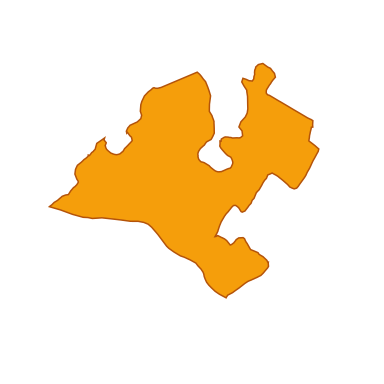 the district of Al-Rahmaniyya, Al Buhayrah, Egypt, rotated 159°
{"feature_id": "37247803B62002284809719", "entity_name": "Al-Rahmaniyya", "entity_type": "district", "adm_level": 2, "iso_a3": "EGY", "parent_name": "Egypt", "parent_adm1": "Al Buhayrah", "projection": "albers", "projection_center": [30.587, 31.107], "detail": "fine", "context": "isolated", "style": "filled", "palette": "amber", "viewbox_px": 384, "rotation_deg": 159, "n_neighbors": 0, "source": "geoboundaries", "source_scale": "gbopen_adm2", "svg_char_len": 6032}
<svg xmlns="http://www.w3.org/2000/svg" viewBox="0 0 384 384"><g transform="rotate(159 192 192)"><path d="M58.2,186.7L59.9,189.9L60.5,191.1L62.0,193.6L64.0,196.8L64.6,197.9L63.0,200.6L62.0,202.6L60.6,204.7L60.2,205.4L58.3,208.1L57.3,209.7L56.0,209.3L55.3,211.5L53.6,215.3L55.0,217.2L55.8,217.9L56.7,218.9L57.2,219.4L57.9,220.2L58.9,221.5L60.4,223.4L63.1,226.8L66.3,230.8L67.9,232.8L71.5,237.4L76.9,244.2L78.8,246.5L82.0,250.6L85.1,254.5L85.5,254.8L86.5,255.6L87.2,257.4L87.1,258.1L86.7,259.1L86.1,260.4L85.8,260.7L84.6,261.7L83.1,262.8L81.3,264.2L80.3,264.7L79.6,265.2L78.5,266.1L76.7,267.3L73.0,269.3L72.5,273.2L73.6,276.3L74.4,279.3L76.5,281.5L79.8,286.6L84.4,287.2L87.8,285.8L88.3,284.7L88.8,284.3L89.2,283.9L89.6,283.4L89.9,283.0L90.9,280.9L91.3,279.4L92.5,277.9L92.9,277.4L93.2,276.7L93.8,275.5L95.9,274.0L98.9,275.5L101.0,277.7L103.7,279.9L104.5,278.9L105.0,278.3L106.1,276.9L105.5,272.5L104.4,267.4L104.9,265.9L105.9,261.3L106.9,258.5L108.4,254.4L110.1,249.6L112.2,245.9L115.4,242.9L121.2,240.0L124.9,235.9L123.4,231.1L124.6,226.3L126.2,225.7L127.3,225.4L128.7,225.6L130.6,226.5L134.9,227.9L135.2,228.2L136.2,229.0L137.7,229.6L138.6,230.3L141.3,231.5L142.6,231.5L144.1,231.2L145.7,230.9L146.7,229.0L147.6,229.6L148.0,228.5L148.6,226.8L149.6,224.9L149.4,223.2L149.3,222.6L148.5,220.2L146.9,215.9L145.7,213.4L144.4,211.9L143.3,210.6L143.1,209.2L143.0,207.8L143.1,206.6L143.2,205.3L143.4,204.8L144.0,203.7L146.4,201.3L147.6,200.6L149.6,200.8L151.0,200.8L151.4,200.8L153.1,200.7L154.6,200.6L155.2,200.6L157.3,200.5L157.9,200.7L159.7,201.2L160.6,201.6L161.3,202.1L162.5,203.1L163.8,205.0L165.5,207.9L165.8,208.5L166.2,209.5L166.6,210.5L169.4,214.1L170.2,215.1L171.6,216.2L172.6,216.8L173.0,217.4L173.4,218.3L174.0,220.0L173.8,222.9L173.4,223.4L173.0,225.3L172.1,226.7L171.6,227.2L170.7,228.1L170.2,228.4L168.4,229.7L167.9,229.8L165.4,230.8L163.6,231.4L162.3,232.4L160.6,233.5L159.5,233.7L155.4,234.2L154.2,235.1L152.4,236.7L150.1,239.0L149.4,241.0L148.5,243.4L147.2,247.2L146.8,248.5L146.2,250.0L146.1,251.9L146.1,254.3L146.0,256.2L146.3,257.9L146.7,259.9L146.9,261.1L146.0,263.4L144.2,267.8L140.2,275.1L139.8,280.6L139.7,284.3L139.8,290.2L141.0,293.5L141.8,296.6L142.7,299.2L144.2,302.0L182.8,300.7L183.5,300.7L184.3,300.8L185.0,300.9L186.9,301.1L187.8,301.5L188.7,301.8L190.1,303.0L191.5,303.0L193.3,302.2L195.3,301.6L196.8,301.2L202.0,298.7L206.4,294.5L208.5,291.8L211.3,285.9L211.5,281.7L213.5,278.8L218.0,277.0L225.9,276.5L227.5,275.6L229.0,274.8L230.9,272.9L231.5,272.3L231.8,270.4L231.0,270.9L230.7,270.0L230.6,269.4L230.1,268.0L230.0,267.1L229.0,265.1L228.9,264.7L229.2,262.7L229.3,261.9L229.4,261.4L230.5,260.8L231.4,260.3L232.1,260.0L233.1,259.5L234.3,259.0L235.3,258.4L236.6,257.9L237.6,257.4L238.4,257.1L239.5,256.6L240.5,255.7L241.4,255.1L241.9,254.6L242.6,254.4L243.4,254.3L244.2,253.9L245.8,253.4L247.7,253.6L249.2,253.9L250.9,254.9L251.7,255.5L253.3,257.0L253.8,257.4L255.5,260.4L256.4,262.4L256.6,264.2L256.5,265.0L256.4,266.0L256.4,266.5L255.8,267.1L255.1,267.9L254.6,268.4L254.4,268.9L254.8,269.9L255.3,271.6L255.5,272.1L254.2,273.8L257.7,272.9L263.5,271.5L266.3,267.7L266.8,267.0L267.2,266.5L268.8,265.8L269.5,265.3L270.1,265.1L270.9,264.9L271.6,264.7L272.8,263.9L273.3,263.6L274.7,262.8L275.6,263.7L276.2,262.6L277.6,262.0L278.5,261.7L279.3,261.4L280.3,261.2L281.1,261.0L281.8,260.7L282.4,260.4L283.1,260.1L284.8,259.4L288.1,258.4L289.4,258.0L290.9,256.6L292.6,254.9L293.5,253.3L294.3,251.8L294.9,250.7L294.9,248.5L294.9,245.3L294.4,242.8L294.8,241.7L296.9,240.1L299.5,238.9L301.0,238.6L302.8,237.6L305.0,236.4L308.3,233.9L311.2,234.5L313.0,234.5L314.7,234.5L316.8,233.7L317.8,233.4L319.1,232.9L319.9,232.6L320.5,232.4L321.8,232.1L324.3,231.7L326.1,230.9L327.4,230.3L329.9,229.6L330.4,229.4L321.2,222.4L311.5,213.9L302.7,207.4L298.2,205.4L294.5,203.0L285.4,200.2L275.9,195.3L268.6,191.5L259.9,186.7L252.9,184.0L247.9,180.9L244.5,177.7L242.3,173.6L239.1,164.7L235.1,150.5L233.8,147.7L230.3,142.4L225.7,136.5L222.7,134.0L218.0,129.2L213.9,124.3L212.9,120.9L211.2,116.8L210.7,114.5L210.4,113.1L210.4,111.3L210.9,108.6L210.9,105.7L210.7,102.5L209.7,99.1L208.2,95.6L206.0,91.0L203.1,86.8L198.1,81.0L197.7,81.4L196.7,82.1L195.6,82.9L190.2,83.5L187.8,84.2L183.1,85.4L182.1,85.6L181.0,86.0L178.0,86.9L175.8,87.6L174.6,87.9L171.8,88.5L170.0,88.6L168.1,88.6L167.3,88.7L164.7,88.8L164.1,88.9L163.4,88.9L161.7,89.0L159.3,89.3L157.7,89.4L155.1,90.5L154.1,91.0L152.0,92.2L148.5,94.1L147.2,95.2L147.0,95.9L146.4,98.0L146.1,98.7L145.8,99.2L146.5,99.5L146.5,100.3L146.6,101.4L148.9,106.2L151.0,108.8L151.8,110.0L152.1,111.7L155.3,114.8L157.9,117.2L158.2,118.8L158.9,123.6L159.0,124.3L159.4,125.7L159.6,127.2L159.7,129.6L160.7,131.1L164.8,132.4L167.0,131.9L167.8,131.7L168.7,131.1L169.4,130.6L170.7,129.9L171.0,129.6L173.9,128.8L175.3,128.8L177.1,134.4L177.4,134.8L178.4,136.5L180.1,138.4L180.8,139.0L181.4,139.7L183.6,142.1L184.6,142.0L185.5,141.9L186.5,142.1L184.2,144.0L181.9,146.1L181.7,146.5L180.7,147.7L179.6,149.1L177.9,151.1L176.9,152.1L176.1,153.0L175.3,153.8L174.0,154.8L173.6,155.2L172.5,156.0L170.3,157.8L169.5,158.3L168.2,159.2L166.8,159.9L166.3,160.2L165.1,160.7L163.8,161.6L163.2,161.9L162.3,162.4L161.2,163.1L159.7,163.9L158.9,164.2L157.9,164.5L156.8,164.1L156.0,163.8L155.4,162.9L154.9,162.1L154.6,161.6L154.1,160.5L153.9,159.9L153.6,158.1L153.2,156.1L152.3,155.2L149.3,155.3L147.9,156.2L145.4,157.7L143.4,159.1L141.0,160.2L140.0,161.3L139.1,162.4L138.5,162.9L137.7,163.2L136.4,163.8L135.1,165.2L132.2,168.3L130.0,169.4L128.6,170.0L124.5,173.3L122.4,175.2L119.9,177.0L118.8,177.5L117.7,178.0L116.6,179.2L115.1,180.8L112.7,180.8L110.4,181.0L109.0,179.3L107.6,177.7L106.9,176.8L106.1,175.7L105.3,174.2L104.1,172.2L103.1,170.5L102.0,168.4L100.9,166.3L100.3,165.2L99.7,163.8L98.9,161.6L98.1,160.8L97.5,160.1L95.5,158.3L94.3,158.2L92.9,158.1L90.8,159.2L88.7,160.7L86.7,162.0L81.8,165.2L79.7,166.8L77.5,169.0L76.4,169.9L73.9,171.9L71.7,174.0L69.7,176.0L67.6,178.0L65.6,179.6L64.2,180.8L63.6,181.3L62.0,182.7L60.8,183.7L59.7,184.6L58.6,186.2L58.2,186.7Z" fill="#f59e0b" stroke="#b45309" stroke-width="1.5"/></g></svg>